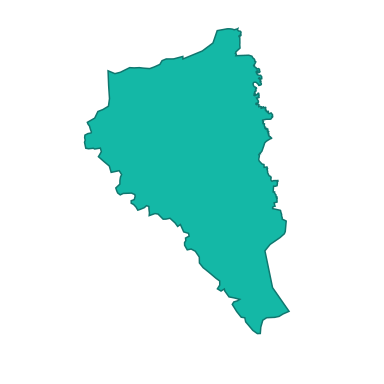 outline of Izzi, Ebonyi, Nigeria, rotated 168°
{"feature_id": "59680162B3302114520233", "entity_name": "Izzi", "entity_type": "district", "adm_level": 2, "iso_a3": "NGA", "parent_name": "Nigeria", "parent_adm1": "Ebonyi", "projection": "mercator", "projection_center": [8.192, 6.539], "detail": "fine", "context": "isolated", "style": "filled", "palette": "teal", "viewbox_px": 384, "rotation_deg": 168, "n_neighbors": 0, "source": "geoboundaries", "source_scale": "gbopen_adm2", "svg_char_len": 6062}
<svg xmlns="http://www.w3.org/2000/svg" viewBox="0 0 384 384"><g transform="rotate(168 192 192)"><path d="M248.9,328.0L251.4,313.5L253.3,300.4L255.9,293.3L262.0,291.2L267.3,290.3L271.8,284.5L279.9,281.9L279.5,279.7L278.6,278.0L278.3,274.1L277.9,271.6L278.6,270.7L281.6,270.8L284.9,269.9L285.7,267.5L285.7,264.9L286.8,263.0L286.8,256.9L284.2,255.8L279.4,255.3L278.3,254.3L272.5,254.0L272.3,250.3L274.4,247.9L276.2,246.0L271.5,239.7L267.5,234.6L267.0,228.0L258.8,228.0L257.2,223.7L258.8,221.6L260.1,218.2L260.9,214.7L265.7,211.8L265.4,208.9L264.9,206.5L262.8,204.1L259.6,204.9L251.4,203.5L248.5,201.4L248.5,199.6L250.1,196.6L253.3,196.1L253.8,193.7L251.7,191.9L249.9,188.9L248.8,185.5L246.2,185.8L241.9,186.6L239.3,188.1L237.2,186.8L237.7,183.9L238.0,180.4L238.8,177.8L232.7,178.6L229.8,177.5L225.9,171.4L223.0,170.9L219.0,170.9L215.0,165.3L213.2,161.3L210.1,162.6L208.4,154.7L204.0,152.3L204.0,149.4L207.9,148.3L208.2,145.7L209.8,144.1L210.3,141.4L208.7,136.4L204.7,136.4L201.1,133.4L198.4,126.8L199.5,121.0L196.8,115.6L192.5,110.4L186.3,102.4L183.4,99.2L184.2,95.2L187.3,92.0L184.2,89.1L180.5,90.4L180.5,88.3L177.6,81.7L173.1,79.8L167.6,77.1L170.1,76.1L173.9,75.8L176.0,73.7L173.1,65.7L169.9,59.3L166.5,58.0L166.5,53.8L161.2,43.9L157.5,39.9L154.6,39.4L152.8,45.5L149.4,51.9L145.1,53.5L137.2,52.2L132.7,52.2L128.2,53.8L121.9,55.1L133.1,81.7L132.9,119.3L126.5,124.5L115.4,129.1L110.4,131.9L109.0,133.9L105.9,144.0L107.1,145.0L109.4,146.7L109.1,148.1L109.3,150.0L109.0,151.5L109.3,154.2L109.2,155.1L109.4,155.7L116.6,159.0L116.3,160.3L114.4,161.0L113.7,160.9L113.9,162.4L113.8,163.8L114.0,164.2L113.5,164.4L110.9,164.5L110.4,167.4L110.5,168.3L110.0,168.3L110.0,169.7L110.7,169.8L110.5,171.9L110.9,172.4L111.4,173.6L111.2,174.9L112.0,175.0L112.6,175.2L111.0,180.7L109.4,180.3L107.5,180.5L106.5,183.2L106.6,184.0L106.4,184.4L105.7,184.6L105.6,185.4L106.9,185.6L107.5,185.5L107.9,185.8L108.6,186.0L108.9,185.9L110.1,186.2L111.3,185.9L111.8,186.1L112.2,186.9L112.3,188.4L112.1,188.7L112.0,189.0L111.7,189.2L111.8,189.8L111.6,189.9L111.6,190.1L111.8,190.4L111.9,190.9L113.1,191.7L113.4,192.5L113.8,194.3L114.1,195.1L113.8,196.1L113.8,198.1L113.5,198.8L113.9,198.9L113.7,199.5L113.3,199.5L113.5,200.9L116.3,201.1L115.9,203.9L117.5,204.7L118.1,205.5L119.8,208.3L120.0,210.0L118.5,213.5L118.7,214.0L118.6,214.4L118.9,214.6L118.4,215.1L117.3,215.2L117.5,215.9L116.7,216.1L115.2,217.3L112.3,222.0L110.8,224.7L110.4,225.1L108.9,226.1L106.6,227.0L104.4,227.7L103.0,227.9L102.9,228.1L103.3,228.7L103.8,228.5L103.9,228.9L103.7,229.3L103.9,229.7L104.3,229.7L104.7,230.7L105.0,230.7L105.3,231.6L105.2,232.9L104.8,232.8L104.8,233.2L104.9,233.6L105.3,233.6L105.4,234.1L104.9,234.2L104.9,234.8L104.5,235.1L104.7,235.3L105.1,235.6L105.1,235.9L105.5,236.0L105.2,236.6L104.9,236.7L104.9,236.9L105.1,236.9L105.0,237.4L105.3,237.3L105.0,237.6L105.0,237.9L105.4,238.1L105.9,237.9L105.9,238.1L105.5,238.4L105.7,238.7L106.4,238.2L106.8,238.8L106.9,238.6L107.5,239.5L107.4,239.9L106.9,240.3L107.0,240.4L107.3,240.3L107.5,241.7L107.0,243.6L108.2,244.0L108.3,244.8L107.9,244.8L107.9,245.3L107.5,246.1L108.2,246.8L108.0,247.6L104.3,247.7L100.3,246.9L99.4,247.1L98.6,248.0L97.8,248.4L98.0,249.2L97.4,249.2L97.2,251.2L98.0,252.1L98.2,252.9L100.4,252.6L101.0,253.5L100.6,254.4L100.6,255.1L100.9,255.2L101.4,254.3L101.6,254.3L102.0,255.2L102.5,255.3L102.6,256.1L102.4,256.6L102.5,256.8L103.1,256.9L103.2,257.0L102.9,257.5L102.3,259.3L102.4,259.5L102.6,259.5L103.1,259.1L103.3,259.2L103.4,259.5L104.3,259.4L104.4,259.5L104.3,260.1L104.4,260.4L105.0,260.3L105.3,259.7L105.7,259.6L106.3,259.7L106.6,259.5L107.0,259.5L107.0,259.9L106.6,260.2L106.1,260.3L106.0,260.5L106.2,260.8L107.4,261.5L108.4,261.6L109.0,261.6L108.9,262.7L108.3,263.2L108.9,263.8L109.2,263.9L109.3,264.3L109.7,264.7L110.9,264.1L111.2,264.5L111.0,265.3L110.8,265.5L110.0,265.3L109.1,265.6L108.6,265.6L108.4,266.0L108.4,266.7L108.1,267.0L109.3,270.5L107.1,270.4L106.7,270.6L106.6,270.9L107.2,271.8L107.0,272.0L106.4,272.3L106.3,272.8L106.3,274.3L106.2,274.6L106.3,274.8L107.0,274.8L107.5,273.9L107.8,274.0L109.8,273.2L110.5,273.2L110.9,273.3L111.3,273.8L111.1,274.1L110.8,274.1L110.5,273.9L110.1,273.9L109.5,274.3L109.5,274.5L109.9,274.8L110.4,274.8L110.7,274.9L110.8,275.0L110.7,275.3L109.9,275.6L109.7,275.9L110.1,276.5L109.6,277.3L108.5,277.4L108.1,278.5L108.5,279.0L108.2,279.8L107.4,280.0L107.4,280.4L107.4,280.6L107.9,281.0L108.2,281.4L108.4,281.6L108.9,281.6L109.1,281.8L109.7,283.2L109.8,285.1L109.1,286.2L108.2,286.4L107.3,286.3L106.2,285.7L105.2,284.0L104.7,283.6L104.5,283.2L104.5,282.4L104.1,282.3L102.5,282.4L101.9,282.8L101.7,283.2L101.7,283.9L102.0,284.8L102.4,285.2L102.4,285.8L102.2,285.9L101.6,285.9L101.6,286.4L101.9,286.7L102.3,288.1L103.2,289.2L102.5,289.8L102.2,289.7L101.3,288.3L101.0,288.1L100.6,288.2L100.2,288.3L99.9,290.0L99.9,290.4L100.4,291.3L100.6,291.9L101.9,292.1L103.2,292.8L103.8,293.8L104.2,295.0L104.3,296.2L103.6,296.8L102.7,296.9L102.4,296.7L102.4,296.3L103.3,296.2L103.7,295.9L103.6,295.3L103.4,295.1L101.8,294.8L101.1,295.0L100.6,295.4L100.5,295.6L100.7,297.0L100.5,298.0L100.9,298.5L101.3,298.9L102.3,299.0L102.8,298.8L103.3,299.1L103.5,300.3L104.1,300.8L104.5,301.4L105.0,301.6L105.1,301.9L104.9,302.4L105.0,302.7L105.3,302.7L105.4,302.9L104.9,303.4L104.5,303.2L104.2,304.1L103.4,304.9L102.8,305.6L102.6,306.2L103.1,306.4L103.5,307.0L103.1,307.8L103.6,309.4L104.5,310.3L105.2,312.4L108.0,314.0L120.7,316.2L120.2,316.8L120.1,317.4L120.7,318.6L120.1,318.8L120.1,319.8L115.1,322.8L114.7,326.0L114.2,327.8L113.2,332.8L113.3,333.8L113.7,334.2L113.7,334.8L112.8,335.1L112.1,334.6L111.7,334.9L111.9,335.2L111.7,335.4L112.0,335.8L111.3,336.3L111.6,336.8L111.5,337.1L111.0,337.6L110.8,338.2L111.3,339.2L112.9,339.8L113.5,340.5L113.8,341.1L113.2,342.3L113.8,342.1L117.0,341.9L118.6,342.9L119.9,343.4L122.0,344.0L123.8,344.3L133.8,344.6L140.5,333.4L152.6,327.8L173.2,324.0L172.8,326.5L182.3,326.0L189.6,327.5L194.0,326.7L196.9,323.5L202.8,322.2L207.7,321.5L213.6,323.2L217.7,324.6L222.7,325.4L227.1,326.6L237.2,324.0L242.8,323.8L248.9,328.0Z" fill="#14b8a6" stroke="#0f766e" stroke-width="1.5"/></g></svg>